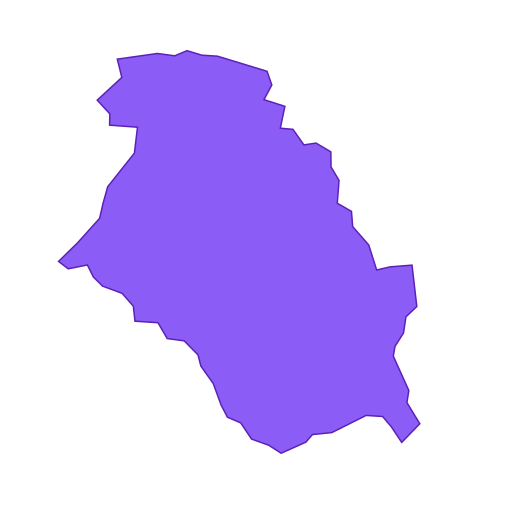 Lajeado do Bugre, Rio Grande do Sul, Brazil (Robinson projection), rotated 281°
{"feature_id": "56859067B18581397233195", "entity_name": "Lajeado do Bugre", "entity_type": "district", "adm_level": 2, "iso_a3": "BRA", "parent_name": "Brazil", "parent_adm1": "Rio Grande do Sul", "projection": "robinson", "projection_center": [-53.208, -27.705], "detail": "fine", "context": "isolated", "style": "filled", "palette": "violet", "viewbox_px": 512, "rotation_deg": 281, "n_neighbors": 0, "source": "geoboundaries", "source_scale": "gbopen_adm2", "svg_char_len": 990}
<svg xmlns="http://www.w3.org/2000/svg" viewBox="0 0 512 512"><g transform="rotate(281 256 256)"><path d="M82.8,340.5L91.5,345.5L97.1,364.1L120.5,394.5L122.6,410.9L114.1,421.5L100.8,434.6L122.6,448.8L140.9,432.1L153.1,431.7L183.9,409.9L193.8,409.7L208.6,415.5L224.9,414.8L237.1,423.5L276.8,410.9L271.0,389.9L265.3,377.1L288.3,364.6L303.3,345.3L318.0,341.2L323.3,325.7L346.0,323.1L357.7,312.7L372.5,309.6L378.3,293.4L374.2,281.8L387.4,268.1L386.1,255.5L408.4,255.8L411.0,234.0L426.9,238.9L439.4,231.6L444.8,180.0L442.8,164.5L444.4,149.1L437.0,138.0L436.0,120.6L422.8,82.3L405.7,90.2L378.7,70.4L367.6,85.4L356.5,87.3L359.8,115.1L333.8,117.0L295.7,97.2L278.4,95.8L263.2,95.3L235.0,78.4L213.0,63.2L207.6,74.1L215.0,92.2L204.3,100.4L197.1,111.2L193.8,131.7L183.3,145.2L168.9,149.6L171.8,172.5L158.0,184.6L159.0,201.7L147.9,217.9L137.4,222.9L122.6,238.4L103.0,250.2L92.3,258.7L89.2,272.9L75.4,286.6L72.7,304.5L67.2,318.3L82.8,340.5Z" fill="#8b5cf6" stroke="#5b21b6" stroke-width="1.5"/></g></svg>